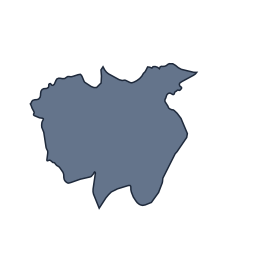 the border of Preah Vihéar, rotated 332°
{"feature_id": "KHM-1791", "entity_name": "Preah Vihéar", "entity_type": "Province", "adm_level": 1, "iso_a3": "KHM", "parent_name": "Cambodia", "parent_adm1": "", "projection": "mercator", "projection_center": [105.055, 13.778], "detail": "fine", "context": "isolated", "style": "filled", "palette": "slate", "viewbox_px": 256, "rotation_deg": 332, "n_neighbors": 0, "source": "natural_earth", "source_scale": "10m", "svg_char_len": 3118}
<svg xmlns="http://www.w3.org/2000/svg" viewBox="0 0 256 256"><g transform="rotate(332 128 128)"><path d="M88.3,51.3L90.2,51.5L91.7,52.4L93.2,53.6L95.0,54.5L95.8,54.6L97.9,54.3L99.0,54.3L99.8,54.7L101.6,55.9L102.5,56.3L104.5,56.7L109.0,57.5L111.1,58.2L111.6,59.6L111.6,61.1L111.1,66.4L111.3,67.4L114.9,74.0L116.9,76.3L119.3,77.5L125.4,75.6L128.9,69.8L131.4,64.0L134.7,62.2L134.7,65.9L135.2,68.6L136.2,71.0L142.9,81.2L145.0,83.2L145.8,83.6L147.4,84.1L148.2,84.7L151.1,88.7L152.0,89.6L153.1,90.0L155.0,90.3L158.2,90.3L161.5,89.8L164.6,88.7L167.3,87.0L169.2,86.5L170.9,85.5L174.0,83.3L174.9,83.9L175.8,84.6L176.5,85.4L177.2,86.3L178.9,85.6L180.9,86.5L182.6,88.3L183.5,90.4L185.2,89.1L186.4,89.2L187.5,89.9L189.3,90.7L190.9,90.9L193.3,90.5L194.6,90.6L197.7,92.3L199.4,95.1L200.7,98.3L202.6,101.2L212.2,109.7L214.8,111.1L214.1,111.4L212.9,111.9L210.7,112.2L197.5,112.3L195.6,112.5L194.8,112.7L194.4,112.9L194.1,113.2L193.7,113.8L193.5,115.0L193.6,115.6L193.8,116.1L194.0,116.4L194.3,117.2L194.2,117.6L193.9,118.1L193.1,118.5L192.0,118.9L191.6,119.0L191.2,119.0L190.9,118.8L190.6,118.6L190.1,118.1L189.7,117.9L189.3,117.8L188.9,117.9L188.2,118.1L186.8,118.2L186.3,118.3L185.8,118.6L185.0,119.4L184.6,119.7L184.3,119.8L183.8,119.8L183.5,119.6L183.2,119.4L183.0,119.1L182.0,117.5L181.8,117.2L181.5,117.0L181.1,116.7L180.7,116.6L180.3,116.5L179.8,116.4L178.9,116.6L178.6,116.7L178.2,116.8L177.9,117.0L177.2,117.5L175.7,119.0L175.4,119.3L174.7,119.7L174.0,120.3L173.6,120.9L173.3,121.4L173.1,121.8L173.1,122.5L173.5,127.5L173.3,128.8L173.3,129.3L173.5,129.9L173.8,130.6L174.7,131.8L175.2,132.4L175.6,132.7L176.0,132.9L176.3,133.1L176.7,133.7L177.1,134.5L178.3,138.1L179.3,144.4L177.8,160.8L175.4,163.9L160.2,171.9L157.5,172.9L135.3,188.6L134.9,189.1L133.3,191.5L132.5,192.5L124.7,199.3L113.7,204.7L107.1,204.0L104.6,203.2L103.2,202.0L102.7,201.4L102.1,200.6L101.1,198.3L100.7,195.9L100.3,191.4L100.9,186.2L101.5,184.0L102.7,181.6L103.0,180.8L102.9,179.8L102.1,179.3L101.1,178.9L90.2,176.8L83.3,176.6L79.6,177.7L75.7,179.3L64.9,185.3L66.5,170.2L67.2,167.9L68.5,165.5L78.0,152.6L78.2,151.9L78.1,151.5L78.0,151.2L77.2,151.3L76.1,152.2L75.6,152.4L72.8,153.5L71.5,153.4L61.8,150.8L51.9,149.3L49.8,148.8L49.4,148.6L49.0,148.3L48.5,147.6L48.1,146.8L47.8,146.1L47.6,145.3L47.5,144.3L47.6,143.2L48.1,141.6L49.3,139.1L49.6,137.9L49.8,136.6L49.1,130.8L48.8,129.8L48.3,128.9L47.9,128.3L47.5,127.6L47.2,126.6L46.8,124.2L46.4,123.8L45.9,123.5L45.5,123.2L45.3,122.8L44.5,120.7L44.1,120.0L43.6,119.6L43.0,119.4L41.6,119.2L41.2,118.8L41.3,118.2L45.4,112.4L45.9,111.4L46.3,110.5L46.3,109.0L46.3,108.2L46.5,106.8L51.6,92.3L52.2,86.9L53.1,84.9L54.3,83.1L54.9,82.4L56.9,80.9L57.4,80.5L57.6,80.0L57.4,79.7L56.9,79.1L54.6,77.4L51.1,73.1L50.9,72.7L50.8,72.1L51.2,71.4L51.7,71.0L52.2,70.7L52.5,70.0L52.6,69.1L52.6,65.4L53.0,63.0L53.1,60.9L53.5,60.9L54.1,60.5L54.8,59.9L55.7,59.3L56.9,58.9L59.0,59.3L60.7,60.1L62.6,60.5L64.8,59.6L66.0,58.2L67.1,56.4L68.4,54.7L70.2,53.7L72.0,53.7L74.8,54.9L76.7,54.8L77.4,54.2L78.5,52.4L79.4,52.0L80.4,52.4L80.9,54.5L81.7,55.1L83.4,54.8L86.8,52.1L88.3,51.3Z" fill="#64748b" stroke="#1e293b" stroke-width="1.5"/></g></svg>